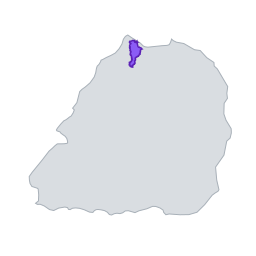 location of Rincón, Treinta y Tres, Uruguay, rotated 264°
{"feature_id": "84410073B13933274344370", "entity_name": "Rincón", "entity_type": "district", "adm_level": 2, "iso_a3": "URY", "parent_name": "Uruguay", "parent_adm1": "Treinta y Tres", "projection": "natural_earth1", "projection_center": [-53.628, -32.866], "detail": "fine", "context": "in_parent", "style": "filled", "palette": "violet", "viewbox_px": 256, "rotation_deg": 264, "n_neighbors": 0, "source": "geoboundaries", "source_scale": "gbopen_adm2", "svg_char_len": 5531}
<svg xmlns="http://www.w3.org/2000/svg" viewBox="0 0 256 256"><g transform="rotate(264 128 128)"><path d="M211.9,180.6L210.2,182.1L208.3,185.1L206.2,192.3L198.9,202.3L197.5,207.9L189.7,213.7L184.2,220.3L180.6,220.2L177.4,223.0L158.8,231.5L152.1,229.9L147.1,230.0L142.5,226.2L132.0,224.8L125.5,226.3L116.6,230.5L114.0,230.4L112.1,230.2L107.3,228.5L104.6,224.8L91.0,220.6L80.0,211.0L67.0,210.8L57.1,212.0L55.6,210.8L54.5,208.3L52.4,204.7L43.8,196.3L37.0,187.8L35.5,179.6L36.3,170.6L38.2,159.9L37.8,156.6L40.3,154.7L42.7,154.3L45.1,151.5L47.1,147.4L47.5,144.2L45.7,138.3L44.5,130.2L43.1,126.1L45.7,119.7L45.8,116.6L44.2,113.8L43.7,111.0L44.4,108.1L44.2,105.3L43.2,102.6L43.9,100.4L46.4,98.7L48.3,96.0L49.5,92.4L50.1,89.6L50.1,87.7L49.3,85.9L47.7,84.2L48.4,80.9L51.3,75.9L53.2,71.4L54.0,67.5L54.0,64.3L52.9,61.9L53.3,60.3L55.2,59.5L56.0,56.9L55.6,50.7L53.7,45.5L55.1,41.4L59.2,36.6L61.3,32.8L61.5,29.9L62.8,28.2L64.8,31.3L70.7,32.2L76.7,32.3L77.6,31.5L79.9,26.3L83.0,24.8L86.4,24.5L90.1,24.7L94.0,28.1L105.1,39.3L113.3,47.1L115.8,50.7L118.0,53.5L119.6,56.0L119.0,62.7L119.1,65.6L119.5,66.4L121.3,66.5L124.1,66.0L126.4,64.6L128.2,62.5L129.9,60.7L131.4,59.8L131.9,58.4L132.7,56.9L133.5,56.6L135.1,57.7L138.9,61.5L141.9,65.0L142.6,67.0L143.8,69.1L145.0,70.9L145.8,72.7L148.7,75.0L151.6,76.5L153.5,75.0L158.5,79.8L169.3,83.8L171.3,86.3L173.2,89.7L176.9,95.0L182.2,99.7L186.4,101.7L190.4,102.8L192.7,103.8L194.2,105.7L196.7,107.6L198.3,108.3L198.8,110.1L200.4,113.9L202.0,118.7L203.9,123.2L207.8,127.5L212.2,130.8L216.8,132.7L219.4,135.0L220.5,137.5L217.4,141.1L214.0,145.6L211.1,149.2L208.0,151.7L207.0,153.4L206.3,156.1L206.3,170.2L206.1,175.4L206.3,176.8L206.7,177.8L208.7,179.2L211.0,180.3L211.9,180.6Z" fill="#d9dde1" stroke="#a8b0b8" stroke-width="1"/><path d="M208.0,138.0L207.6,137.9L207.4,138.0L207.5,138.1L207.2,138.3L207.3,138.5L207.1,138.5L207.0,138.4L206.9,138.4L206.8,138.2L206.7,138.1L206.4,138.2L206.5,138.2L206.4,138.3L206.2,138.4L206.0,138.5L205.9,138.5L205.9,138.4L205.4,138.4L205.3,138.2L205.1,138.1L204.9,138.5L204.5,138.5L204.4,138.6L204.2,138.7L204.1,138.8L203.8,138.9L203.7,138.9L203.6,138.7L203.5,138.4L203.3,138.4L203.2,138.4L203.2,138.5L202.9,138.7L202.7,138.6L202.6,138.4L202.4,138.3L202.2,138.2L202.1,138.3L201.9,138.2L202.0,138.2L201.8,138.1L201.7,138.1L201.3,138.1L201.2,138.0L200.9,138.2L200.8,138.3L200.7,138.2L200.6,138.4L200.3,138.5L200.2,138.3L200.0,138.2L199.9,138.3L200.0,138.4L199.9,138.6L199.7,138.7L199.6,138.8L199.4,138.9L198.9,138.9L198.8,139.0L198.6,139.0L198.4,138.9L198.2,138.8L197.8,138.8L197.7,138.9L197.6,139.0L197.5,138.9L197.3,138.9L197.3,139.0L197.2,139.2L196.9,139.2L196.9,138.9L196.7,138.8L196.4,138.8L196.2,138.8L196.0,139.0L195.9,139.0L195.7,139.2L195.4,138.8L195.2,138.8L195.3,138.9L195.3,139.0L195.1,139.0L195.1,138.9L195.0,138.7L194.9,138.7L194.7,138.7L194.3,138.5L194.3,138.4L194.1,138.1L193.9,138.1L193.9,137.8L193.9,137.7L193.7,137.4L193.3,137.4L193.3,137.1L193.1,137.1L193.1,136.9L192.9,137.0L192.7,136.8L192.3,136.7L192.0,136.4L191.9,136.4L192.0,136.3L192.1,136.2L191.9,136.2L191.7,136.1L191.4,136.1L191.2,136.0L191.1,135.9L190.7,135.8L190.6,136.1L190.3,136.5L190.1,136.6L189.8,136.5L189.6,136.4L189.3,136.7L189.1,136.7L189.0,136.8L188.8,137.0L188.7,137.2L188.6,137.5L188.5,138.0L188.4,138.3L188.1,138.4L188.1,138.6L188.1,138.9L188.1,139.0L188.5,138.9L188.9,138.9L189.0,139.0L189.2,139.3L189.5,139.3L189.6,139.2L189.8,138.9L189.9,139.1L190.1,139.4L190.1,139.6L190.2,139.9L190.4,140.0L190.6,140.2L190.6,140.7L190.7,141.0L191.0,141.0L191.3,141.0L191.6,141.7L191.9,141.8L192.4,141.6L192.8,141.7L194.0,141.6L194.0,141.9L194.9,142.6L195.1,142.5L195.3,142.6L196.4,142.5L196.8,142.5L197.1,143.2L197.7,143.6L197.6,144.2L197.8,144.4L198.1,144.6L198.1,144.9L198.4,145.2L198.2,145.7L198.2,145.8L198.7,146.0L198.9,146.3L199.2,146.3L199.8,147.2L200.0,147.4L200.2,147.8L200.6,147.8L200.7,147.6L200.9,147.4L201.3,147.7L201.6,148.1L202.5,148.1L202.7,148.4L202.9,148.4L203.3,148.2L203.5,148.3L204.0,148.7L204.5,148.7L204.6,148.9L205.0,149.7L205.1,150.2L205.3,150.0L205.4,149.9L206.0,149.5L206.5,149.1L206.5,148.8L206.5,148.5L206.6,148.3L206.7,148.2L206.8,148.2L207.0,148.0L207.2,147.9L207.2,147.7L207.2,147.1L207.3,146.8L207.5,146.6L207.4,146.5L207.5,146.6L208.1,146.4L209.6,146.2L210.5,146.1L211.5,146.1L212.1,146.2L212.7,146.1L212.8,146.1L213.0,146.1L213.2,145.9L213.3,145.9L213.2,145.9L213.3,145.9L213.2,145.8L213.2,145.7L213.1,145.8L212.9,145.7L212.8,145.8L212.8,146.0L212.7,146.1L212.8,145.7L212.7,145.7L212.4,145.8L212.1,145.8L211.9,145.8L211.9,145.7L212.0,145.3L212.2,145.2L212.4,145.2L212.5,145.0L212.6,144.9L212.8,144.7L212.9,144.4L213.0,144.4L213.0,144.5L213.3,144.3L213.4,144.2L213.5,144.2L213.6,144.3L213.7,144.1L213.4,144.1L213.1,144.2L212.9,143.9L212.7,144.0L212.5,143.9L212.6,143.7L212.9,143.6L213.1,143.6L213.3,143.7L213.5,143.5L213.6,143.4L213.8,143.3L213.9,143.2L214.0,143.2L214.2,143.3L214.1,143.5L214.3,143.5L214.3,143.2L214.2,143.1L214.2,142.9L214.2,142.7L214.4,142.5L214.5,142.4L214.6,142.2L214.6,141.8L214.6,141.7L214.5,141.3L214.3,141.2L214.2,140.9L214.1,140.6L214.0,139.7L214.1,139.1L214.1,138.9L213.8,138.7L213.7,138.7L213.3,138.7L213.1,138.6L213.1,138.4L212.9,138.4L212.5,138.6L212.5,138.9L212.2,139.2L212.1,139.3L212.1,139.5L211.9,139.6L211.6,139.7L211.5,139.3L211.5,139.2L211.4,139.1L211.1,139.1L210.8,138.8L210.4,138.5L209.9,138.3L209.7,138.2L209.4,138.1L209.2,138.2L208.8,138.2L208.5,138.2L208.4,138.2L208.4,138.3L208.6,138.4L208.5,138.7L208.3,138.7L208.2,138.6L208.1,138.4L208.0,138.2L208.0,138.0Z" fill="#8b5cf6" stroke="#5b21b6" stroke-width="1.5"/></g></svg>